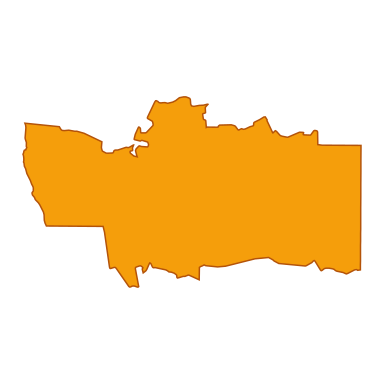 the Region of Hardap
{"feature_id": "NAM-3339", "entity_name": "Hardap", "entity_type": "Region", "adm_level": 1, "iso_a3": "NAM", "parent_name": "Namibia", "parent_adm1": "", "projection": "robinson", "projection_center": [17.113, -24.521], "detail": "fine", "context": "isolated", "style": "filled", "palette": "amber", "viewbox_px": 384, "rotation_deg": 0, "n_neighbors": 0, "source": "natural_earth", "source_scale": "10m", "svg_char_len": 4726}
<svg xmlns="http://www.w3.org/2000/svg" viewBox="0 0 384 384"><path d="M360.7,208.4L360.7,209.3L360.7,213.3L360.7,217.3L360.7,221.2L360.7,225.2L360.7,229.2L360.6,233.2L360.6,237.2L360.6,241.1L360.5,245.1L360.5,249.1L360.5,253.1L360.5,257.1L360.5,261.0L360.4,265.0L360.4,269.0L360.4,269.9L357.6,270.3L356.7,269.6L355.5,269.7L354.6,269.9L347.8,273.4L346.5,273.9L345.7,273.7L343.1,272.5L337.3,271.3L336.3,271.0L335.4,270.5L334.0,269.3L332.5,268.8L329.1,268.2L326.2,268.2L324.6,268.5L324.1,268.8L322.2,270.3L321.5,270.7L321.0,270.6L320.4,269.9L315.1,261.3L314.7,260.9L314.2,260.5L313.6,260.8L313.1,261.2L311.8,262.6L306.3,265.7L305.3,266.0L278.8,263.5L274.1,261.0L272.8,259.8L268.6,257.5L255.0,258.8L225.5,266.2L217.6,266.9L205.9,265.7L205.0,265.4L204.4,265.0L204.0,265.0L203.6,265.2L202.5,265.8L200.7,266.5L199.4,267.4L199.2,279.8L189.1,275.2L188.2,275.1L184.9,276.4L183.1,276.4L178.5,277.8L177.4,278.0L177.0,277.5L176.8,276.8L176.8,275.9L176.5,275.0L175.9,274.4L174.2,273.2L171.5,272.2L168.9,271.9L167.4,270.7L166.3,270.2L165.9,269.9L155.2,267.6L154.1,267.7L153.3,267.7L152.8,267.4L152.3,266.7L150.9,263.7L150.3,263.1L149.8,262.9L149.1,264.1L146.8,269.4L145.8,270.9L143.2,272.9L142.3,269.5L142.3,268.8L142.6,268.4L142.9,267.9L142.8,267.5L142.4,267.1L141.8,266.6L141.1,266.1L140.4,265.8L139.7,265.9L136.6,266.9L136.0,267.2L135.5,267.6L135.4,268.2L135.4,268.9L138.7,286.6L138.3,287.0L137.4,287.1L134.6,286.1L133.1,286.0L131.9,286.2L131.1,286.7L130.3,287.0L129.5,287.0L128.7,286.3L116.4,268.6L115.8,267.9L115.1,267.4L114.3,267.4L113.5,267.6L111.3,268.3L110.6,268.5L110.0,268.4L109.7,267.8L109.5,267.2L104.5,232.1L103.1,226.4L46.6,226.0L46.4,226.0L45.1,223.2L44.3,220.4L44.1,214.8L43.4,212.0L39.8,204.9L38.4,202.8L35.3,199.6L34.5,197.5L32.4,194.9L32.0,193.1L32.2,192.4L33.1,191.3L33.3,190.9L33.3,188.0L33.0,186.7L31.6,184.0L30.3,180.4L26.9,173.6L25.6,168.7L24.4,166.3L24.0,163.1L23.5,162.0L23.8,160.6L23.8,158.2L23.5,155.8L23.0,154.2L23.5,153.2L23.9,151.3L24.3,150.3L24.7,150.1L25.2,150.0L25.8,149.8L26.0,149.1L26.8,147.4L26.3,146.5L26.4,142.5L25.3,139.1L25.1,137.9L25.9,127.7L25.6,125.1L24.9,123.2L59.3,126.7L60.8,129.2L61.3,129.8L61.5,130.0L61.8,130.2L62.3,130.4L63.0,130.5L64.3,130.6L68.8,130.2L75.0,131.3L76.3,131.2L77.1,131.3L84.1,133.3L101.9,141.8L101.4,147.4L101.7,149.1L102.4,151.1L106.1,153.1L107.8,153.2L112.4,153.0L113.0,152.8L113.3,152.4L113.6,151.8L113.8,151.1L114.3,150.5L115.1,150.1L117.9,150.0L125.8,147.4L126.2,147.3L128.1,147.6L128.8,147.5L129.5,147.2L133.2,145.1L133.6,145.0L133.5,145.5L132.9,146.8L132.6,147.6L132.5,148.6L132.7,150.0L132.5,150.5L132.0,150.8L130.8,151.0L130.5,151.1L130.1,151.4L130.0,152.2L130.4,153.2L133.8,156.0L137.2,156.8L136.6,155.0L135.5,150.7L136.1,148.9L138.5,146.4L139.0,146.0L139.5,145.9L141.5,146.5L146.9,146.9L147.5,146.9L147.8,146.7L148.1,146.2L148.4,145.4L148.5,144.8L148.5,144.4L148.0,142.9L147.8,142.3L147.4,142.0L146.8,141.8L142.2,140.4L141.5,140.4L140.5,141.0L140.0,141.0L134.7,139.7L134.2,139.4L134.2,138.9L134.3,138.3L135.3,134.2L138.2,127.8L138.5,127.3L138.9,127.0L139.7,127.6L140.3,128.2L140.4,128.6L140.7,132.2L140.8,132.7L141.3,132.9L145.4,132.9L146.0,132.7L146.6,132.3L152.9,125.6L153.1,125.1L153.1,124.3L152.7,122.2L152.4,121.5L152.1,121.1L147.9,118.7L147.6,118.5L147.4,118.1L147.4,117.6L147.6,117.0L154.7,102.1L155.6,100.8L156.3,100.7L157.8,101.4L158.9,102.5L160.2,102.9L161.4,102.9L162.7,102.7L165.0,102.6L167.7,103.3L172.7,102.1L175.7,100.6L179.4,97.7L183.5,96.9L186.0,96.9L188.7,97.9L189.7,98.4L190.3,99.4L190.5,101.3L190.7,104.3L191.6,105.9L193.8,106.4L199.3,105.4L203.4,105.2L206.9,104.3L207.9,104.2L208.0,104.3L205.8,106.7L205.4,107.3L205.3,107.8L205.3,108.5L205.5,112.1L205.5,112.7L205.1,113.0L202.9,113.7L202.7,114.2L202.7,114.8L203.4,119.1L203.7,119.4L204.0,119.6L205.0,120.0L205.5,120.2L205.7,120.5L205.8,121.1L206.3,127.4L206.7,127.1L216.9,127.2L217.6,127.2L218.1,127.0L218.3,126.3L218.8,125.7L219.7,125.1L231.3,124.8L234.4,125.7L235.0,126.0L235.5,126.4L237.7,129.4L238.2,129.9L238.8,130.0L241.2,128.8L241.8,128.7L242.3,129.0L243.3,129.3L244.2,129.2L245.4,128.9L250.1,126.7L252.7,126.0L253.4,125.6L253.6,124.8L253.7,123.3L253.9,122.7L254.4,122.2L259.7,119.6L263.9,117.0L265.3,116.9L267.1,119.8L267.0,120.7L272.6,132.6L272.9,132.9L273.3,132.6L274.4,131.5L274.9,131.0L275.5,130.7L276.2,131.2L276.9,131.8L279.9,135.2L280.9,135.8L282.1,136.2L287.1,137.2L287.9,137.2L299.3,132.3L299.8,132.2L303.2,132.4L303.6,132.6L303.6,133.0L303.3,133.6L303.2,134.2L303.4,134.7L304.6,134.9L310.3,135.1L310.6,135.0L310.9,134.7L313.7,130.9L314.4,130.5L315.3,130.5L316.8,130.8L317.3,131.3L317.6,132.0L317.8,144.6L322.1,145.2L360.9,145.4L361.0,145.4L361.0,147.4L360.9,159.6L360.9,171.8L360.8,184.0L360.8,196.2L360.7,208.4Z" fill="#f59e0b" stroke="#b45309" stroke-width="1.5"/></svg>